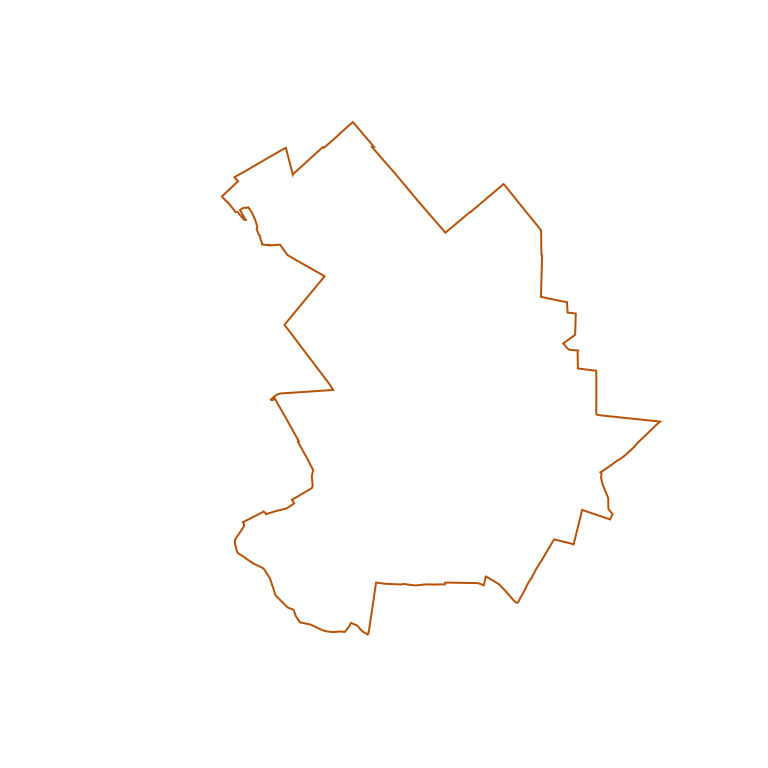 Ciocarlia, Constanta, Romania, rotated 227°
{"feature_id": "2599482B33175651559383", "entity_name": "Ciocarlia", "entity_type": "district", "adm_level": 2, "iso_a3": "ROU", "parent_name": "Romania", "parent_adm1": "Constanta", "projection": "robinson", "projection_center": [28.275, 44.143], "detail": "fine", "context": "isolated", "style": "outline", "palette": "amber", "viewbox_px": 768, "rotation_deg": 227, "n_neighbors": 0, "source": "geoboundaries", "source_scale": "gbopen_adm2", "svg_char_len": 5842}
<svg xmlns="http://www.w3.org/2000/svg" viewBox="0 0 768 768"><g transform="rotate(227 384 384)"><path d="M529.1,535.6L532.9,535.7L564.9,536.8L565.7,536.8L565.5,537.5L565.1,538.1L564.7,538.4L596.4,539.9L596.8,539.9L597.3,523.6L597.4,522.7L597.1,522.5L597.1,521.1L597.5,506.9L597.7,502.3L597.8,501.0L598.6,501.0L598.6,500.8L599.0,500.6L599.5,460.4L599.4,460.2L613.3,467.7L623.7,473.3L625.4,466.6L628.7,452.5L634.8,425.5L635.1,424.6L637.2,415.8L637.2,415.6L635.9,415.6L634.4,415.6L631.8,415.6L631.8,406.4L631.7,406.4L631.7,403.1L631.8,403.1L631.7,393.3L626.8,393.3L624.5,393.4L623.4,393.7L612.8,392.9L611.2,392.6L610.0,394.2L609.7,394.2L608.7,394.2L606.1,393.9L601.7,393.8L599.6,393.7L599.2,393.8L598.5,394.3L598.3,394.7L598.2,395.0L599.5,395.0L607.9,397.0L609.5,397.4L609.0,400.3L608.5,401.5L607.8,402.6L607.2,402.9L606.9,403.0L606.0,405.2L600.6,404.6L594.7,402.7L591.3,401.5L588.7,400.2L585.2,398.3L584.9,397.7L584.7,397.2L584.3,396.7L583.8,396.3L582.6,395.8L581.4,395.5L580.0,394.9L579.1,394.4L578.5,394.2L577.7,394.3L577.1,394.5L576.8,394.4L575.7,393.4L575.0,392.9L574.5,392.6L573.6,392.2L572.1,391.7L571.5,391.4L570.0,390.8L569.3,390.0L568.9,390.3L568.4,390.7L568.2,390.8L568.0,391.0L567.7,391.2L567.5,391.4L567.3,391.6L567.1,391.8L566.6,392.1L566.4,392.3L566.2,392.5L565.9,392.7L565.7,392.9L565.6,393.1L565.3,393.3L565.2,393.6L564.9,393.8L564.6,394.2L564.2,394.6L564.0,394.9L563.8,395.0L563.7,395.2L563.3,394.9L562.6,395.8L561.7,397.0L560.5,398.4L559.3,399.8L558.5,400.9L556.9,403.0L556.7,403.0L544.0,401.3L542.4,401.9L534.6,404.2L523.0,407.9L513.9,410.8L503.7,413.9L503.3,414.0L502.0,404.1L500.4,391.6L498.8,379.4L497.2,367.3L495.6,354.8L495.2,351.6L494.9,351.5L485.2,350.6L468.5,348.9L442.5,346.2L421.7,344.1L414.3,342.8L430.3,323.1L435.2,317.1L447.4,302.2L448.5,300.2L449.1,298.6L449.5,297.0L449.6,295.7L449.7,294.0L449.7,292.0L449.7,291.7L449.7,290.6L448.9,290.7L448.0,291.9L448.0,293.8L447.9,294.2L425.9,289.0L400.3,282.7L400.6,281.7L385.7,277.9L385.1,277.9L369.4,273.5L365.8,268.3L357.8,262.1L357.1,260.1L362.1,237.7L357.9,236.8L359.5,227.8L360.0,226.8L364.8,218.3L368.0,211.6L368.1,211.3L368.4,210.7L368.5,210.6L369.3,208.8L369.6,208.9L370.4,209.2L371.0,209.4L371.3,209.3L371.8,209.2L372.3,209.0L373.0,208.8L372.9,208.5L372.9,208.2L376.3,196.5L376.7,195.2L376.8,194.8L376.8,194.7L379.2,186.5L378.3,186.3L377.5,186.2L376.9,186.0L376.1,185.2L375.6,184.6L375.3,184.1L375.1,183.1L374.1,179.2L372.6,172.5L372.2,170.7L371.7,169.0L371.5,168.6L371.1,168.2L370.2,167.3L368.9,166.1L366.9,165.1L364.0,163.5L361.3,162.1L360.4,161.9L359.5,162.0L357.3,162.5L354.7,163.2L348.5,164.5L341.8,166.0L341.0,166.3L333.9,169.2L332.4,169.7L331.3,169.9L330.3,169.9L329.4,169.8L328.7,169.7L323.9,168.8L319.4,167.9L318.7,167.6L316.9,166.8L314.8,165.8L312.7,164.8L310.2,163.8L304.6,161.0L303.9,160.7L303.2,160.6L301.9,160.6L300.2,160.6L298.0,160.7L295.8,160.8L291.1,161.0L289.8,161.0L287.5,161.1L286.6,161.1L286.0,161.3L285.0,161.7L282.8,162.8L281.7,163.5L281.0,163.6L280.3,163.7L279.8,163.6L279.1,163.3L275.9,161.8L274.7,161.3L270.9,160.6L268.3,160.2L266.8,160.1L259.6,165.2L258.2,166.2L251.2,169.0L250.1,169.4L248.9,169.9L247.8,170.3L244.4,171.9L244.1,172.2L242.3,173.3L239.4,175.7L237.7,177.2L237.0,177.9L235.1,180.4L232.6,183.4L231.7,184.2L230.3,185.3L230.1,185.5L229.5,186.0L230.2,192.1L230.7,194.3L231.0,194.6L231.8,196.7L231.8,197.0L227.9,198.6L226.1,199.4L225.3,199.7L224.4,199.7L222.9,199.5L220.0,199.4L217.3,199.7L214.4,200.4L213.5,200.9L211.9,201.2L212.2,202.4L215.4,206.7L220.7,213.3L227.7,222.2L234.6,230.8L238.2,235.2L242.5,240.6L244.1,242.9L243.5,243.4L237.1,248.6L225.8,259.7L224.2,262.2L221.5,264.3L215.3,269.5L214.9,270.0L214.4,270.7L208.7,278.2L208.6,278.3L202.6,284.4L202.7,284.5L195.9,291.9L197.0,293.4L174.2,317.0L168.7,319.8L173.8,327.1L173.7,327.3L159.4,331.5L149.7,331.7L142.1,331.4L139.0,331.3L136.9,331.3L135.0,331.4L133.5,332.0L133.0,332.4L133.0,333.3L133.1,333.9L133.9,336.2L134.5,337.5L135.0,339.4L136.1,342.8L137.2,346.1L138.2,349.1L139.0,350.5L140.2,354.0L140.8,356.3L141.5,358.5L141.2,359.3L142.2,361.2L142.4,362.0L143.3,364.9L144.5,367.7L145.3,370.8L146.0,373.2L146.8,376.0L147.2,378.2L148.1,381.1L151.1,391.1L152.5,395.9L153.4,399.1L154.2,402.0L154.2,402.7L153.4,403.0L142.4,410.3L140.3,411.6L137.4,413.3L150.3,433.2L150.4,433.3L156.8,443.0L130.8,457.0L132.2,460.5L133.0,462.5L138.8,462.7L139.5,463.0L140.4,463.6L147.3,469.9L148.3,470.5L157.1,473.7L162.3,475.8L167.4,478.8L167.9,479.2L168.8,480.5L169.9,481.8L170.4,482.1L170.5,482.0L171.8,482.1L171.6,482.9L171.3,484.3L170.4,490.2L169.5,496.8L169.4,497.7L169.0,501.3L168.7,503.8L168.6,504.1L168.2,504.7L168.0,506.4L167.5,510.6L167.4,512.8L167.4,517.7L167.3,518.9L167.4,523.8L167.6,525.6L168.0,528.9L168.0,530.8L168.0,532.2L168.0,532.3L168.1,533.9L168.1,535.9L168.1,537.5L168.1,541.6L168.4,555.7L168.2,560.1L168.2,560.3L181.1,549.1L183.3,547.2L183.8,546.7L186.0,544.8L188.1,543.0L191.8,539.8L197.9,534.4L198.9,533.6L202.2,530.8L207.4,526.1L215.0,519.7L216.2,518.9L216.9,518.7L217.6,519.0L229.0,529.8L242.6,542.5L248.9,548.2L249.1,548.1L263.1,536.4L276.4,548.4L276.4,548.5L280.2,545.1L282.4,543.1L283.3,542.6L285.5,542.5L291.4,542.7L289.7,556.8L289.7,557.3L290.0,557.7L291.2,558.9L291.3,559.0L304.4,572.0L304.8,572.3L311.0,567.0L319.2,573.7L320.3,572.8L321.9,571.5L323.7,570.2L325.1,569.2L326.4,568.2L331.2,564.9L334.3,562.7L339.8,558.9L340.8,558.2L341.1,558.6L370.4,587.5L371.3,587.4L374.4,590.2L386.5,601.2L388.0,602.4L388.6,603.1L389.8,603.7L390.8,603.8L394.2,604.1L397.2,604.3L400.4,604.5L406.5,604.9L409.2,605.1L410.1,605.1L419.9,605.9L420.3,605.8L434.2,606.9L447.9,607.9L448.0,607.8L448.8,607.5L448.8,607.3L448.8,604.8L450.7,565.4L450.6,564.9L451.1,564.2L451.7,552.6L451.9,550.1L452.0,546.4L452.7,533.6L452.8,532.1L460.4,532.4L463.0,532.5L484.9,533.3L495.7,533.7L507.5,534.4L528.9,535.6L529.0,535.6L529.1,535.6Z" fill="none" stroke="#b45309" stroke-width="2"/></g></svg>